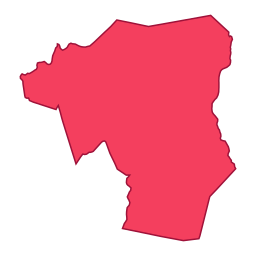 Pentecoste, Ceará, Brazil
{"feature_id": "56859067B67675566345741", "entity_name": "Pentecoste", "entity_type": "district", "adm_level": 2, "iso_a3": "BRA", "parent_name": "Brazil", "parent_adm1": "Ceará", "projection": "equal_earth", "projection_center": [-39.18, -3.876], "detail": "fine", "context": "isolated", "style": "filled", "palette": "rose", "viewbox_px": 256, "rotation_deg": 0, "n_neighbors": 0, "source": "geoboundaries", "source_scale": "gbopen_adm2", "svg_char_len": 2490}
<svg xmlns="http://www.w3.org/2000/svg" viewBox="0 0 256 256"><path d="M122.5,228.5L160.9,236.4L183.4,240.6L198.9,238.7L199.9,235.8L209.1,199.1L209.8,196.5L216.4,189.6L235.7,168.7L234.7,166.9L234.3,164.1L232.9,163.1L231.3,162.0L231.3,160.3L229.9,158.4L228.9,156.7L227.9,155.6L228.2,153.5L229.3,151.0L228.9,148.8L228.3,146.7L227.1,144.6L226.1,142.8L225.1,141.1L223.0,140.7L220.9,139.9L220.3,138.3L220.9,136.3L220.7,133.9L219.9,132.1L219.4,130.0L218.3,128.5L217.6,126.4L216.9,124.8L217.0,123.0L217.7,121.1L217.7,119.2L216.4,117.5L215.3,116.1L213.4,114.0L212.3,112.2L212.0,110.5L211.8,108.5L212.0,106.7L212.1,103.5L213.4,101.5L214.9,99.5L216.6,97.9L218.0,95.0L218.7,92.0L218.8,89.4L218.9,87.4L218.9,85.7L218.9,82.6L218.8,80.8L218.9,79.0L219.0,76.9L219.7,73.7L220.6,71.1L221.7,69.7L223.1,68.8L226.8,67.3L228.7,65.8L229.9,64.6L230.5,62.4L230.6,60.1L229.9,58.7L230.2,55.9L230.7,54.0L230.8,52.3L230.4,50.6L230.7,48.9L230.3,47.3L230.8,45.1L231.2,42.1L232.4,39.4L231.7,36.8L230.6,36.0L229.5,36.6L228.6,34.9L228.8,32.2L210.7,15.4L161.7,24.2L148.5,26.5L143.6,25.5L130.3,22.7L116.8,20.0L110.8,26.5L104.8,32.1L94.2,42.2L89.8,46.0L88.6,46.2L87.0,46.6L85.4,47.1L83.6,47.0L81.8,46.8L80.2,46.4L78.4,45.7L76.7,44.8L75.4,44.1L73.9,43.9L72.5,43.8L70.9,43.2L69.1,44.1L68.1,45.7L67.4,47.1L66.3,48.2L64.4,49.4L62.6,50.2L61.1,49.1L60.1,47.9L59.8,46.2L58.9,44.5L57.4,43.9L57.3,46.4L55.7,48.0L54.7,51.2L53.7,53.4L52.7,55.8L52.2,58.9L52.0,60.9L51.4,62.8L50.2,64.2L48.7,64.5L47.3,64.1L45.5,62.4L44.2,61.5L42.4,62.1L40.9,62.4L39.4,62.4L37.5,63.0L36.9,65.2L37.3,67.3L36.3,69.4L34.8,70.1L33.7,71.0L32.1,72.0L30.6,72.9L29.3,73.6L27.6,73.3L26.5,74.2L25.2,75.0L23.6,74.6L22.1,73.9L21.1,75.0L20.3,76.5L20.5,78.5L21.7,79.5L22.9,81.2L23.0,83.6L23.3,85.8L23.7,88.4L24.4,93.1L24.8,95.9L25.3,97.5L26.9,98.2L28.6,98.1L29.5,100.5L33.2,102.1L56.0,109.5L57.1,107.4L58.3,105.5L60.3,112.3L61.8,118.1L62.9,121.9L71.6,149.8L76.0,163.9L80.7,156.8L82.8,154.1L84.7,154.5L86.6,154.1L87.9,153.2L89.1,152.3L90.5,152.3L92.1,151.9L93.3,151.3L101.5,142.2L103.0,141.2L104.7,141.0L105.8,142.0L106.4,143.5L109.9,153.2L114.8,163.3L117.3,169.1L126.2,175.1L129.7,175.1L128.2,177.1L126.9,178.3L126.6,180.2L126.4,182.5L126.8,184.0L127.8,185.2L129.2,186.2L131.0,187.9L130.7,190.3L129.4,192.0L128.4,194.4L127.3,196.9L128.1,198.7L128.9,200.1L129.9,202.6L129.2,205.3L128.2,206.4L127.2,207.6L126.9,209.5L126.6,211.8L126.5,214.4L126.8,217.3L126.9,219.5L125.7,221.6L124.3,223.6L123.5,225.8L122.5,228.5Z" fill="#f43f5e" stroke="#9f1239" stroke-width="1.5"/></svg>